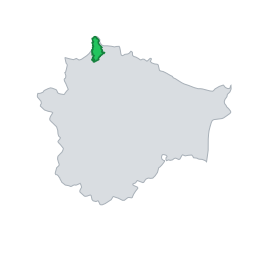 Brahin, Gomel, Belarus shown in context, rotated 194°
{"feature_id": "67162791B77344314095023", "entity_name": "Brahin", "entity_type": "district", "adm_level": 2, "iso_a3": "BLR", "parent_name": "Belarus", "parent_adm1": "Gomel", "projection": "orthographic", "projection_center": [30.376, 51.651], "detail": "fine", "context": "in_parent", "style": "filled", "palette": "green", "viewbox_px": 256, "rotation_deg": 194, "n_neighbors": 0, "source": "geoboundaries", "source_scale": "gbopen_adm2", "svg_char_len": 7071}
<svg xmlns="http://www.w3.org/2000/svg" viewBox="0 0 256 256"><g transform="rotate(194 128 128)"><path d="M206.0,181.1L202.1,181.0L197.5,181.1L194.9,183.0L192.0,182.1L190.0,183.2L185.5,188.2L183.7,190.9L182.0,195.1L181.0,198.1L181.5,200.3L182.4,202.3L182.6,204.4L183.0,206.1L181.9,207.3L181.2,209.1L179.2,208.8L176.8,207.1L176.3,204.7L174.5,202.9L173.3,202.1L171.3,201.9L168.1,202.7L163.9,203.3L160.7,203.4L159.0,204.3L156.4,205.1L155.5,204.1L154.1,201.2L153.0,198.5L152.2,197.2L151.5,196.9L150.7,196.9L149.7,197.8L148.9,198.7L146.3,199.7L145.1,200.6L143.7,203.2L142.9,203.0L142.0,202.4L141.1,199.5L139.7,198.8L137.5,198.7L134.8,198.0L132.6,197.1L131.8,197.3L130.4,198.4L129.0,198.6L125.9,197.4L125.3,197.9L123.4,200.9L122.5,201.1L122.0,200.6L122.4,197.9L120.6,196.9L117.6,196.6L115.4,196.9L114.4,196.8L113.8,196.2L111.4,191.5L110.0,191.2L107.5,191.3L103.9,190.5L99.7,189.3L97.4,188.8L96.3,187.7L93.7,187.2L86.8,184.9L84.0,184.3L79.8,184.0L73.5,183.2L69.4,183.1L67.5,183.6L65.2,183.9L57.6,183.8L54.9,184.1L54.0,185.0L53.0,187.0L49.5,190.4L46.3,192.5L45.7,192.7L44.0,191.3L42.6,190.7L40.9,190.4L39.6,190.7L38.8,191.2L38.6,194.0L38.4,194.3L37.4,190.8L37.8,187.8L38.7,186.2L39.7,184.7L39.6,182.3L40.8,179.3L41.0,177.1L40.7,176.1L40.1,175.0L38.2,173.5L37.5,172.5L34.9,171.0L32.5,169.1L32.1,168.1L32.3,167.4L32.9,166.4L35.2,163.7L37.6,161.0L39.1,159.9L46.7,156.9L48.0,155.7L48.5,153.5L48.7,149.1L48.7,145.0L48.4,142.1L47.5,136.8L44.8,125.6L43.6,114.2L45.0,115.0L48.4,115.5L51.1,115.0L52.5,115.0L53.7,115.4L57.3,115.0L58.1,116.1L59.6,117.2L62.9,116.1L65.8,114.8L68.6,115.2L69.1,114.4L70.1,110.5L71.0,109.7L74.4,110.3L75.7,109.7L77.2,107.8L79.3,106.8L80.9,106.9L82.8,105.6L83.6,106.6L83.9,108.3L83.2,109.5L83.4,110.1L84.6,110.8L86.7,110.9L88.0,110.5L88.4,109.7L88.5,108.4L88.2,107.1L87.4,105.9L85.8,105.2L84.7,105.2L84.5,104.4L85.0,103.0L86.2,100.3L87.6,97.9L88.5,97.0L88.6,96.1L88.6,94.6L88.7,91.9L90.1,88.2L91.8,85.4L93.8,84.6L96.3,84.3L98.0,83.0L98.8,81.5L99.6,79.1L100.4,78.6L106.3,79.3L107.3,76.9L107.8,76.2L109.0,75.5L109.8,74.7L109.5,74.0L108.1,73.5L104.6,72.9L103.9,72.1L104.2,71.1L105.3,68.7L106.4,65.5L106.9,63.0L107.1,61.5L107.6,61.1L110.5,60.8L111.4,60.3L114.0,57.0L115.9,56.5L120.6,57.6L122.8,57.7L125.6,58.0L125.9,57.7L127.0,54.3L131.9,49.1L134.5,47.2L136.0,46.9L136.6,47.0L139.0,49.9L139.6,50.1L141.3,48.9L144.2,48.9L145.6,49.9L147.4,53.5L148.4,53.9L151.3,52.0L152.8,51.4L153.9,51.4L159.1,54.2L159.5,55.1L159.5,56.2L158.7,59.3L159.8,61.3L161.0,62.7L163.8,60.5L164.8,59.9L165.9,59.9L167.4,59.1L168.5,57.9L169.6,57.4L171.5,57.7L175.1,57.5L179.2,59.4L179.6,60.0L181.7,62.2L182.4,63.4L183.1,63.7L184.2,64.8L185.7,65.5L186.7,65.3L187.2,65.7L187.7,66.5L187.7,68.0L187.6,72.2L186.1,74.5L185.9,75.2L186.0,76.2L187.2,78.0L188.8,80.8L189.1,82.5L189.1,83.7L187.1,87.3L186.4,88.2L185.9,90.0L185.7,91.8L185.8,92.6L189.4,95.4L192.0,97.0L192.6,97.7L192.7,98.2L191.3,101.3L191.2,102.2L193.3,103.4L194.5,105.4L195.6,108.7L197.6,111.9L205.3,116.4L205.9,117.2L206.2,118.2L206.0,120.4L204.7,124.5L206.0,125.1L209.4,124.9L213.4,125.3L218.4,128.1L218.5,129.4L218.0,130.6L218.4,131.9L218.9,132.9L223.3,136.1L223.7,137.0L223.9,138.6L223.8,139.8L222.6,140.0L221.3,140.6L219.2,142.1L218.4,144.1L215.0,146.9L212.9,148.2L211.1,148.3L207.0,147.8L205.6,146.5L205.0,145.3L203.4,144.7L201.3,144.7L198.4,145.0L197.8,145.4L197.4,146.9L196.2,149.5L195.3,151.0L199.1,156.1L200.9,158.1L201.6,159.4L201.6,160.3L200.7,161.4L200.9,163.6L202.7,166.5L202.1,166.9L202.0,170.4L202.1,174.2L202.6,175.1L203.6,175.8L204.4,177.2L205.9,180.3L206.0,181.1Z" fill="#d9dde1" stroke="#a8b0b8" stroke-width="1"/><path d="M181.8,194.5L181.8,194.4L181.7,194.3L181.7,194.1L181.6,193.8L181.6,193.6L181.4,193.4L181.1,193.2L181.1,192.9L181.2,192.7L181.2,192.4L181.2,192.2L181.0,191.9L180.8,191.9L180.6,191.9L180.3,191.9L180.2,191.7L180.2,191.4L180.3,191.3L180.5,191.2L180.5,190.9L180.5,190.7L180.5,190.3L180.4,190.3L180.2,190.4L180.1,190.5L179.9,190.7L179.7,190.6L179.3,190.4L179.1,190.4L178.9,190.3L178.7,190.2L178.4,190.0L178.5,189.9L178.5,189.7L178.6,189.4L178.9,189.3L178.9,189.2L178.7,188.9L178.7,188.7L178.8,188.6L179.0,188.6L179.1,188.3L179.2,188.2L179.3,188.1L179.3,187.9L179.3,187.6L179.2,187.6L178.8,187.6L178.7,187.6L178.5,187.4L178.6,187.2L178.8,187.0L179.0,186.8L179.1,186.7L179.3,186.2L179.5,185.9L179.6,185.6L179.5,185.3L179.4,185.2L179.1,185.2L178.9,185.1L178.6,185.2L178.3,185.3L178.1,185.3L177.9,185.5L177.7,185.7L177.6,185.9L177.4,186.1L177.2,186.3L177.1,186.2L177.2,185.7L177.3,185.5L177.4,185.3L177.6,185.2L177.8,184.9L177.9,184.6L177.9,184.3L177.8,184.1L177.7,184.0L177.4,184.1L177.4,184.3L177.2,184.3L177.1,184.2L177.0,183.9L176.7,184.0L176.4,184.1L176.2,184.3L176.1,184.6L176.0,184.8L175.8,185.0L175.5,185.2L175.3,185.3L175.0,185.4L174.8,185.6L175.0,185.8L174.9,186.0L174.7,186.1L174.4,186.1L174.2,186.2L174.1,186.4L173.9,186.6L173.7,186.8L173.4,186.9L173.1,187.0L173.0,187.3L173.2,187.5L173.1,187.8L173.3,188.0L173.6,188.2L173.6,188.4L173.5,188.7L173.5,189.0L173.3,189.3L173.1,189.5L173.2,189.8L173.0,190.1L172.9,190.3L172.8,190.6L172.5,190.6L172.3,190.7L172.2,190.8L172.2,191.0L172.2,191.6L172.1,192.0L171.9,192.1L171.6,192.2L171.4,192.3L171.3,192.5L171.3,192.8L171.2,193.0L170.9,193.0L170.6,193.5L170.5,193.8L170.4,194.0L170.2,194.5L169.8,194.6L169.6,194.5L169.4,194.5L169.2,194.9L169.1,195.1L169.0,195.4L169.2,195.5L169.6,195.6L169.9,195.6L170.2,195.5L170.4,195.4L170.4,195.2L170.5,195.0L170.7,194.9L171.0,195.1L171.3,195.2L171.5,195.3L171.8,195.4L172.0,195.6L171.9,195.9L171.8,196.1L171.6,196.4L171.5,196.6L171.6,196.9L171.9,197.1L172.1,197.2L172.1,197.4L172.1,197.6L172.2,197.9L172.4,198.0L172.8,198.0L173.1,198.1L173.3,198.4L173.3,198.6L173.5,198.9L173.6,199.2L173.4,199.4L173.2,199.7L172.9,200.0L173.1,200.1L173.6,200.4L173.9,200.7L174.0,200.7L174.2,200.8L174.5,201.0L174.8,201.2L175.0,201.3L175.4,201.5L175.7,201.7L175.9,201.9L176.2,202.2L176.5,202.3L176.7,202.6L177.0,203.0L177.3,203.2L177.5,203.4L177.5,203.6L177.5,203.9L177.5,204.1L177.7,204.5L177.7,205.0L177.3,205.3L177.1,205.4L177.2,205.6L177.5,206.1L177.8,206.4L178.1,206.6L178.4,206.8L178.7,207.0L179.0,207.3L179.6,207.2L179.9,207.2L180.1,207.2L180.1,207.6L180.1,207.9L180.2,208.0L180.3,208.2L180.5,208.2L181.0,208.2L181.2,208.3L181.3,208.5L181.5,208.7L181.9,208.7L182.1,208.6L182.3,208.4L182.6,208.5L182.8,208.4L182.9,208.1L183.1,207.8L183.1,207.4L183.1,207.1L183.2,206.9L183.6,206.7L183.9,206.7L184.1,206.5L184.3,206.4L184.4,206.2L184.3,205.8L184.1,205.5L183.9,205.3L183.8,205.0L183.6,204.8L183.5,204.5L183.3,204.2L183.3,203.9L183.1,203.7L182.9,203.6L182.7,203.6L182.6,203.4L182.4,203.4L182.4,203.1L182.4,202.9L182.5,202.6L182.8,202.5L183.1,202.3L183.4,202.2L183.3,201.9L183.2,201.7L182.8,201.2L182.4,200.8L182.1,200.1L182.2,199.9L182.2,199.7L182.2,199.4L181.9,199.4L181.6,199.4L181.4,199.3L181.3,199.1L181.3,198.9L181.3,198.6L181.6,198.4L181.5,198.2L181.4,198.0L181.4,197.8L181.6,197.6L181.8,197.5L181.8,197.2L181.7,197.0L181.5,196.7L181.4,196.5L181.2,196.3L181.1,195.9L181.1,195.6L181.1,195.4L181.4,195.2L181.7,195.2L181.9,195.1L181.9,194.9L181.8,194.5L181.8,194.5Z" fill="#22c55e" stroke="#15803d" stroke-width="1.5"/></g></svg>